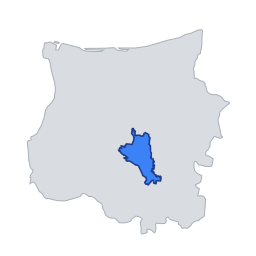 location of Bere, Worodougou, Ivory Coast, rotated 185°
{"feature_id": "98640826B43857880322183", "entity_name": "Bere", "entity_type": "district", "adm_level": 2, "iso_a3": "CIV", "parent_name": "Ivory Coast", "parent_adm1": "Worodougou", "projection": "albers", "projection_center": [-6.135, 8.377], "detail": "fine", "context": "in_parent", "style": "filled", "palette": "blue", "viewbox_px": 256, "rotation_deg": 185, "n_neighbors": 0, "source": "geoboundaries", "source_scale": "gbopen_adm2", "svg_char_len": 8399}
<svg xmlns="http://www.w3.org/2000/svg" viewBox="0 0 256 256"><g transform="rotate(185 128 128)"><path d="M49.4,41.9L50.4,41.8L52.9,41.1L55.1,39.5L57.2,36.0L60.1,33.2L63.3,33.4L64.2,32.9L65.4,32.8L66.7,34.7L68.0,36.1L69.0,36.1L69.7,38.8L75.5,39.9L78.0,40.6L80.1,42.6L80.9,42.6L81.7,42.2L82.4,41.5L82.6,40.8L81.7,39.0L82.1,37.5L83.0,36.1L84.5,36.0L86.8,35.6L89.4,35.6L91.3,35.9L92.1,34.5L91.4,30.5L91.6,28.4L91.9,26.5L92.6,25.8L95.5,28.1L98.1,28.9L100.0,29.0L100.5,28.6L99.7,26.1L100.0,25.3L100.7,24.9L101.9,24.6L105.3,23.6L105.6,23.8L106.3,27.8L106.0,29.0L106.7,31.7L107.5,34.2L107.5,35.2L106.8,36.8L105.9,38.2L106.0,38.8L107.3,39.7L109.9,40.7L112.6,40.9L114.1,39.5L115.6,38.3L116.7,37.3L117.0,35.7L118.7,34.6L123.6,33.1L128.0,32.9L129.1,33.4L131.1,35.5L133.6,37.0L137.5,36.8L140.3,37.7L142.8,39.4L144.4,43.1L146.2,45.8L147.0,49.6L149.8,51.6L152.0,52.5L155.0,55.2L158.1,56.6L161.3,56.3L162.8,57.7L165.2,58.8L167.6,58.8L169.7,55.6L172.5,54.3L179.5,51.7L182.3,50.6L185.1,49.8L191.9,49.5L198.2,50.3L201.3,50.9L203.4,50.4L205.5,51.9L207.6,55.1L209.3,56.1L211.1,57.2L212.4,59.7L214.0,62.2L214.8,63.3L216.7,65.7L218.3,65.7L219.9,64.7L220.6,63.9L220.9,65.5L220.3,68.1L220.5,69.7L221.4,70.4L220.9,72.5L219.1,76.1L219.1,78.2L220.9,78.8L222.3,81.0L223.1,84.9L223.9,86.2L224.0,86.9L225.4,96.2L227.1,105.5L226.1,106.8L224.7,107.1L223.7,107.6L223.5,108.4L224.1,109.7L223.7,110.9L221.9,111.7L218.0,114.7L217.7,115.9L216.7,118.4L215.9,120.0L214.6,122.8L212.6,130.4L211.9,136.7L211.8,138.6L211.0,139.9L210.2,141.9L205.9,147.3L203.8,151.7L204.1,153.6L204.2,155.5L203.6,156.9L203.7,160.6L204.3,163.7L205.0,166.7L208.2,175.3L209.9,180.5L210.9,184.7L211.8,187.5L212.6,188.7L213.0,189.8L217.6,190.5L218.5,191.1L219.8,196.6L219.6,199.1L218.7,200.0L218.8,202.1L218.6,204.7L217.9,205.8L215.3,205.9L213.6,206.9L211.3,206.6L211.0,205.9L209.8,205.7L206.4,204.2L206.9,199.5L205.3,199.3L204.1,199.9L201.7,205.7L200.5,206.6L183.4,203.8L179.7,201.5L175.2,200.9L167.5,201.2L161.1,202.0L159.3,203.4L175.4,202.5L177.1,202.7L178.0,203.5L157.5,205.5L149.8,206.7L147.4,206.4L145.7,204.5L137.2,204.3L135.5,204.9L134.4,206.3L137.8,206.0L143.0,205.9L144.4,206.9L128.0,208.3L116.6,210.9L111.7,212.8L95.8,219.0L86.1,222.0L83.5,223.1L79.1,226.1L73.4,228.0L67.0,231.6L63.1,232.4L62.3,231.2L62.2,225.2L61.7,217.0L61.9,213.9L62.4,211.0L62.4,208.5L64.4,207.6L64.9,206.6L65.2,203.4L67.0,200.6L67.0,195.5L67.6,194.5L68.0,193.2L67.2,189.8L66.3,183.6L65.8,183.2L65.3,183.5L64.3,183.6L60.3,181.4L57.3,181.0L55.1,179.2L55.0,177.1L53.9,175.9L53.2,173.5L52.1,170.7L49.1,169.0L46.3,168.6L44.2,168.9L41.9,168.8L39.1,167.8L37.3,166.8L35.5,164.7L33.9,163.1L32.5,163.3L30.9,162.9L29.4,162.2L28.9,161.6L35.5,155.2L37.8,152.0L38.0,150.1L38.0,148.1L38.8,146.1L39.0,143.1L35.4,132.0L34.5,128.6L33.5,127.6L32.9,127.2L34.7,125.8L37.3,126.1L41.2,127.3L42.0,126.2L45.0,120.6L44.9,118.5L44.6,117.1L46.4,113.3L47.7,111.8L48.5,110.2L48.3,108.0L47.2,107.2L45.9,107.3L44.2,106.8L41.8,105.5L40.5,104.4L40.9,99.4L41.2,97.8L42.0,96.9L43.4,96.7L47.3,96.5L50.4,97.1L53.1,97.5L54.6,97.5L55.7,99.0L57.3,100.5L58.7,100.5L59.2,99.4L58.9,94.4L58.0,91.7L55.9,89.2L50.5,87.0L50.4,83.9L50.9,80.7L52.1,79.4L56.1,77.4L55.4,76.2L54.2,75.0L51.6,73.8L52.2,69.9L52.4,66.4L50.2,66.7L48.0,66.9L46.1,65.8L44.6,63.7L44.3,57.8L44.4,51.0L44.1,48.0L44.7,46.4L46.6,45.0L48.7,43.1L49.4,41.9ZM209.1,206.7L208.2,208.0L203.8,207.2L204.9,206.1L209.1,206.7Z" fill="#d9dde1" stroke="#a8b0b8" stroke-width="1"/><path d="M91.0,78.1L91.0,78.3L90.9,78.4L91.0,78.6L91.1,79.0L90.8,79.7L90.9,79.9L90.8,80.1L90.8,80.3L91.0,80.4L90.9,80.4L90.9,80.6L91.1,80.7L91.3,80.9L91.1,80.9L90.9,81.1L90.7,81.1L90.7,81.3L91.0,81.6L91.1,81.9L91.0,82.3L91.4,82.8L91.7,82.8L91.8,82.5L92.0,82.6L92.1,82.4L92.3,82.2L92.7,82.4L92.8,82.4L93.0,82.2L93.4,82.3L93.5,82.5L93.7,82.8L93.9,82.6L94.1,82.7L94.2,82.4L94.8,82.1L94.8,82.5L95.0,82.6L95.0,82.2L95.4,82.0L95.7,82.2L95.8,82.4L96.0,82.5L95.9,82.7L96.0,82.9L95.7,83.0L95.8,83.3L96.0,83.3L96.1,83.6L96.3,83.7L96.7,83.6L96.8,83.8L96.9,84.0L97.5,84.1L98.0,84.7L98.1,84.9L98.3,84.8L98.5,85.2L98.7,85.4L98.9,85.5L98.8,86.0L98.4,85.8L98.3,86.1L98.6,86.1L98.7,86.3L98.9,86.4L98.9,86.5L99.0,86.6L99.3,86.8L99.5,86.6L99.7,86.2L99.9,86.1L100.0,86.2L100.3,86.4L100.3,86.7L100.7,86.9L100.9,87.1L100.5,87.3L100.5,87.6L100.8,87.8L100.3,88.2L100.3,88.5L100.3,88.8L100.3,89.2L99.9,89.3L100.2,89.4L100.3,89.6L100.2,89.6L99.7,89.6L99.6,89.3L99.5,89.2L99.5,89.5L99.4,89.8L99.2,89.6L99.3,89.4L99.0,89.4L98.9,89.7L98.8,89.8L98.8,90.1L99.4,90.3L99.4,90.5L99.2,90.5L98.9,90.7L98.5,90.7L98.6,90.9L98.6,91.1L98.8,90.8L99.0,90.9L99.1,91.1L99.1,91.4L99.4,91.6L99.5,92.0L98.9,92.2L98.7,92.4L98.5,92.5L98.4,92.8L98.9,92.8L99.3,92.3L99.5,92.3L99.4,92.7L99.8,93.2L99.4,93.5L99.6,93.7L99.6,93.8L99.3,94.0L99.1,94.0L99.4,94.4L99.4,94.2L99.6,94.2L99.8,94.7L99.8,95.2L100.1,95.7L100.0,96.1L99.8,96.1L99.6,96.4L99.4,96.2L99.2,96.0L99.0,96.3L98.9,96.5L98.9,96.9L99.0,97.0L99.7,97.1L99.9,97.3L99.8,98.1L100.3,98.4L100.3,98.6L100.4,98.8L100.4,99.3L100.8,99.1L101.2,99.2L101.9,99.4L102.3,100.2L102.0,100.4L102.0,100.5L102.3,100.6L102.7,100.6L102.5,100.9L102.3,100.9L102.2,101.0L102.3,101.1L102.6,101.2L102.4,101.7L102.5,102.2L102.5,102.8L102.6,103.3L102.4,103.7L102.6,104.3L102.5,104.7L102.6,105.3L103.0,105.6L103.5,106.7L103.5,107.3L103.8,108.6L103.7,109.2L104.0,111.0L104.0,111.5L104.1,112.1L104.2,112.4L104.5,112.8L104.9,112.8L105.6,113.6L105.9,113.7L105.8,114.1L105.4,114.7L105.4,115.6L105.7,116.4L105.4,116.9L105.5,117.6L105.3,117.9L105.3,118.1L105.5,118.6L105.3,119.0L105.4,119.6L105.2,119.8L105.3,120.2L105.8,120.1L106.1,120.4L106.0,120.7L106.0,120.9L106.8,121.8L106.7,123.0L106.8,123.3L107.2,123.3L107.5,123.5L108.3,124.1L109.2,124.3L109.8,124.6L110.2,124.9L110.3,124.9L111.3,124.2L111.6,123.8L111.6,123.6L111.8,123.4L111.8,123.2L111.6,122.7L111.8,122.2L112.0,122.4L112.1,122.2L112.2,121.9L112.6,121.2L113.1,121.0L113.5,121.2L113.8,121.2L114.4,121.0L114.5,121.0L115.3,121.8L115.6,121.7L116.2,121.8L117.3,121.7L117.5,121.6L118.1,121.6L118.4,121.6L118.6,121.5L118.7,121.4L119.0,121.2L120.0,121.1L120.4,121.4L120.4,122.8L120.5,123.3L120.8,123.8L120.5,124.5L120.3,124.8L120.3,125.0L120.5,125.3L121.3,126.2L121.6,126.4L122.0,126.3L122.2,126.6L122.3,126.9L122.3,127.1L122.5,127.3L122.5,127.6L122.6,127.9L123.6,127.8L123.9,126.9L123.4,126.0L122.8,125.5L123.9,125.0L123.7,124.0L123.9,122.7L123.7,122.5L122.2,121.1L121.9,120.4L121.2,119.3L121.3,119.2L121.5,119.0L121.4,118.7L121.2,118.4L121.1,118.0L121.3,117.1L121.2,116.3L121.4,115.7L121.6,115.3L121.6,115.2L121.8,115.0L121.8,114.8L121.9,114.5L121.9,114.3L121.8,113.9L121.9,113.7L122.2,113.3L122.3,112.3L122.4,112.0L127.7,112.1L127.8,111.9L128.2,111.9L128.2,111.7L128.4,111.6L128.6,110.9L129.1,110.8L129.1,110.6L129.0,110.3L129.1,110.2L129.3,110.3L129.4,110.2L129.5,110.1L129.3,109.7L129.4,109.4L129.1,109.1L129.5,108.8L129.7,109.3L130.3,109.2L130.5,108.9L130.7,109.1L130.8,109.3L131.3,109.4L131.4,109.1L131.7,109.1L132.4,109.5L132.4,109.4L132.5,109.3L132.9,109.6L133.2,109.5L133.3,109.5L133.2,108.9L133.3,108.4L133.0,107.9L133.1,107.5L133.0,107.4L133.8,107.5L134.5,107.5L134.6,107.4L134.8,107.1L134.6,106.8L134.6,106.3L134.7,106.0L134.9,105.8L134.9,105.7L134.3,105.1L134.0,104.5L134.3,104.4L134.8,104.7L135.2,104.7L134.7,104.1L134.2,103.9L133.9,103.8L133.5,103.8L133.4,103.6L133.4,103.2L133.3,102.9L132.6,102.6L132.3,102.3L132.1,101.9L131.1,101.4L130.9,101.3L130.5,101.0L130.3,101.1L130.1,101.1L129.8,100.8L129.7,100.4L129.3,100.5L128.3,100.4L127.9,100.0L127.5,99.6L127.2,99.3L126.5,99.0L125.7,98.5L125.6,98.3L125.7,98.1L126.3,98.0L126.4,97.8L126.5,97.8L126.8,97.8L127.0,97.7L127.6,97.9L127.8,98.1L128.2,98.3L128.4,98.3L128.7,98.2L129.0,97.8L129.3,97.7L129.2,97.6L128.7,97.5L128.3,97.2L127.5,96.9L126.8,96.5L127.0,95.9L126.5,95.6L126.5,95.3L126.6,95.2L126.0,95.0L125.9,95.2L125.6,95.0L123.2,95.2L116.8,91.7L116.5,91.9L115.8,91.7L114.6,91.5L114.4,91.4L113.9,90.8L113.7,90.2L109.5,83.0L109.3,82.0L105.8,80.3L105.6,79.2L105.0,78.1L105.3,77.3L106.2,76.1L106.6,75.2L106.3,74.7L105.6,74.0L105.3,73.6L105.2,73.6L104.7,73.7L104.7,73.8L104.1,73.5L103.8,73.7L103.6,73.6L103.3,73.3L102.7,73.2L102.6,73.3L102.5,73.7L102.2,74.0L101.7,75.0L100.6,76.0L100.4,76.6L100.2,77.1L99.3,77.9L99.0,77.9L98.2,78.1L98.1,77.4L97.6,75.9L97.6,75.4L97.4,75.3L96.4,75.1L95.7,74.9L95.3,74.9L95.2,75.3L95.2,75.5L95.0,75.9L95.0,76.3L95.2,76.5L95.6,76.7L95.3,77.7L95.1,77.9L94.8,78.0L94.4,78.0L94.0,78.2L93.5,78.1L92.6,77.9L91.6,78.1L91.0,78.1Z" fill="#3b82f6" stroke="#1e3a8a" stroke-width="1.5"/></g></svg>